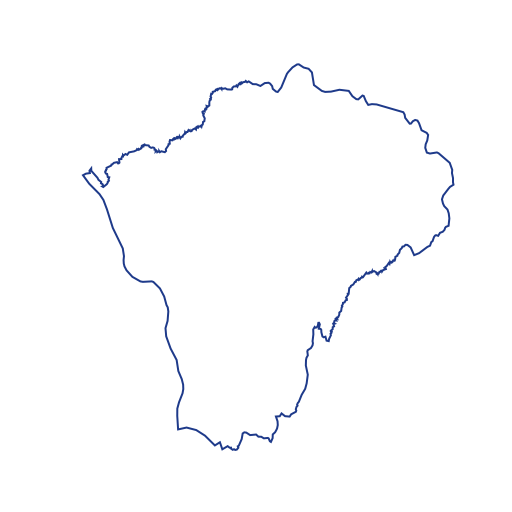 outline of Don Tan, Mukdahan, Thailand, rotated 190°
{"feature_id": "78962969B20953711752663", "entity_name": "Don Tan", "entity_type": "district", "adm_level": 2, "iso_a3": "THA", "parent_name": "Thailand", "parent_adm1": "Mukdahan", "projection": "equal_earth", "projection_center": [104.826, 16.311], "detail": "fine", "context": "isolated", "style": "outline", "palette": "blue", "viewbox_px": 512, "rotation_deg": 190, "n_neighbors": 0, "source": "geoboundaries", "source_scale": "gbopen_adm2", "svg_char_len": 6093}
<svg xmlns="http://www.w3.org/2000/svg" viewBox="0 0 512 512"><g transform="rotate(190 256 256)"><path d="M440.4,305.5L432.8,298.2L420.8,289.7L416.0,284.7L410.9,276.1L401.9,258.8L388.5,240.3L386.0,232.9L385.7,229.0L384.9,225.6L383.7,222.9L381.0,219.4L374.1,214.0L365.4,210.9L362.9,210.9L354.3,212.9L352.5,212.6L345.0,207.4L339.4,200.2L335.6,192.1L334.0,190.1L332.7,186.1L331.8,176.7L332.6,169.2L330.5,161.3L324.0,150.0L316.1,139.8L312.5,129.2L307.7,121.8L305.4,116.6L304.5,112.3L304.5,108.0L306.4,98.6L307.0,92.1L305.8,84.9L302.6,71.7L294.6,75.0L284.6,74.2L275.0,70.2L263.6,62.3L259.2,66.3L255.6,59.8L250.9,63.8L248.6,62.6L247.3,62.9L247.0,61.9L245.3,61.1L244.1,61.9L242.8,61.4L241.3,62.0L240.1,64.1L240.9,65.4L240.0,66.2L238.3,73.2L238.3,78.9L236.9,80.3L234.9,80.4L230.7,78.6L224.9,80.2L222.3,78.5L219.4,78.9L216.6,77.8L212.7,78.9L211.8,78.5L210.2,76.0L209.0,75.5L208.0,79.5L208.5,83.2L206.6,85.7L205.9,87.7L205.3,89.8L205.2,93.3L206.1,97.0L208.5,101.4L204.8,102.3L203.5,105.4L199.6,103.3L195.0,103.7L193.9,106.2L189.7,109.5L189.5,110.8L190.2,112.0L189.9,114.5L189.1,115.8L189.7,116.8L189.3,118.5L188.5,119.8L186.9,127.3L184.5,133.7L184.0,139.4L184.4,148.1L187.9,156.8L188.7,162.3L188.6,164.6L187.7,167.1L188.9,171.0L188.7,172.2L185.9,174.9L184.8,177.8L184.8,180.0L185.5,181.9L185.9,188.8L186.9,193.6L185.9,196.3L185.1,195.7L183.8,196.2L183.0,198.2L183.0,201.0L182.3,201.2L181.3,199.8L181.5,195.3L179.7,195.4L178.9,194.6L178.4,192.3L176.6,188.3L175.2,187.7L173.6,188.6L171.8,184.9L169.6,184.8L169.6,187.1L168.5,191.0L169.1,192.3L168.4,193.3L169.2,194.7L168.4,194.9L169.0,195.8L167.8,197.2L168.1,199.2L166.9,200.3L168.0,202.4L166.9,203.0L167.9,203.3L167.4,203.9L167.6,205.4L167.0,206.3L165.6,206.4L166.7,208.1L166.0,208.7L165.1,208.4L165.6,209.5L164.4,210.2L163.8,212.7L164.1,214.8L162.6,216.6L162.7,220.1L162.2,221.2L162.8,221.9L162.1,223.5L162.2,225.0L160.7,225.7L160.0,228.0L158.9,228.4L159.0,229.5L160.1,230.6L158.7,233.5L159.1,234.7L158.2,234.9L158.6,240.6L157.4,242.1L157.3,243.1L155.2,244.9L154.1,247.7L153.3,247.8L153.0,249.5L151.7,250.5L151.2,250.2L150.9,251.5L149.9,250.8L148.9,252.7L147.8,253.2L147.9,254.0L146.9,253.8L144.5,258.8L143.7,257.9L142.3,258.2L142.2,258.9L141.2,258.7L140.8,260.1L139.4,259.8L139.0,261.3L138.7,260.5L137.2,261.7L134.8,260.8L134.2,259.6L133.7,260.1L133.0,259.3L133.0,260.0L132.2,259.9L131.7,261.8L131.1,261.8L130.2,263.3L129.6,263.4L129.2,262.6L128.6,264.0L126.7,265.2L127.2,266.1L126.0,266.0L126.7,267.6L125.5,268.9L124.0,272.2L123.1,271.4L123.0,273.3L122.6,272.7L121.8,273.6L121.2,273.1L120.4,274.1L120.2,275.4L118.9,275.4L119.0,276.3L118.5,276.3L118.4,277.1L118.6,279.4L116.8,280.8L116.8,282.0L115.5,283.9L115.3,287.1L113.9,288.9L113.4,290.7L112.0,291.1L110.7,293.0L108.8,293.2L105.2,291.3L100.4,284.3L95.9,287.1L88.8,294.7L86.4,296.4L85.8,300.1L84.7,301.3L84.0,305.6L83.2,307.2L82.3,307.8L80.1,307.5L78.8,310.8L76.3,312.3L74.9,314.5L74.6,316.7L74.0,317.7L71.6,319.2L72.1,326.6L73.6,331.5L75.5,335.0L79.3,337.8L81.0,340.2L82.7,344.1L82.1,348.1L78.2,355.6L76.9,357.8L73.9,360.5L74.8,362.8L75.5,366.9L77.4,371.7L77.7,374.9L81.4,381.4L94.0,388.9L95.8,389.4L102.5,387.1L105.7,387.5L108.1,391.9L108.3,395.5L107.4,399.5L107.5,405.1L109.3,406.9L114.8,408.6L118.5,415.1L120.5,417.4L122.9,417.6L124.9,416.0L126.4,413.3L127.6,413.0L133.1,418.0L134.2,421.1L135.9,423.2L163.5,426.2L168.2,425.7L171.7,424.3L174.7,427.6L177.7,432.3L179.0,432.5L182.5,428.0L184.5,427.9L188.8,430.1L193.3,434.7L202.7,434.2L210.7,430.9L216.4,429.6L219.8,430.0L228.6,434.4L232.8,446.5L236.7,449.5L241.8,449.9L247.1,452.2L248.8,451.8L252.8,448.1L256.3,442.6L257.2,440.7L260.4,426.3L263.1,421.3L264.8,421.4L268.5,423.5L269.6,426.1L272.0,428.2L273.7,428.8L277.4,427.8L281.2,424.2L285.5,425.2L289.0,424.7L293.5,426.7L294.9,425.5L296.5,426.6L297.1,425.5L298.8,425.0L299.6,423.9L300.2,424.3L300.5,423.5L300.9,424.0L301.5,423.3L300.9,423.1L301.3,422.3L302.1,422.2L302.3,423.1L303.0,422.2L303.7,419.5L304.9,420.5L305.2,419.6L307.3,419.1L308.5,417.6L308.4,416.0L309.2,415.6L313.3,415.1L315.4,415.8L317.4,415.0L318.8,415.3L318.8,414.5L319.5,415.3L319.9,414.7L321.2,414.8L322.9,412.5L323.6,412.7L323.6,413.4L324.5,412.8L324.9,411.2L327.1,410.2L326.9,409.2L327.5,407.9L328.3,408.0L328.4,405.0L327.7,404.4L327.8,403.1L328.3,402.8L327.7,402.1L328.5,401.3L328.7,399.5L328.1,396.1L329.1,395.0L330.6,395.2L330.0,394.0L330.6,393.6L330.4,392.5L331.2,392.3L330.9,391.6L331.7,391.4L331.6,389.3L333.1,389.4L333.8,388.6L333.0,387.0L332.1,386.9L332.3,385.2L330.4,382.7L330.3,379.7L331.4,378.9L331.3,376.2L332.0,375.6L332.1,374.2L332.6,374.9L333.1,374.7L333.0,373.8L335.0,373.6L335.2,372.9L335.6,373.4L336.0,372.5L336.6,373.0L337.2,372.4L337.1,370.2L338.4,371.0L340.8,369.1L341.1,367.8L342.1,367.4L343.1,367.7L343.2,368.3L344.0,367.7L344.4,368.1L345.0,366.2L345.9,366.0L346.6,364.7L347.3,365.5L347.3,364.4L349.1,361.5L348.9,360.8L350.3,360.1L350.9,358.8L352.0,360.3L352.0,359.7L353.5,359.7L353.3,359.1L353.8,359.1L353.8,358.5L354.8,359.0L355.2,357.7L356.2,357.0L356.2,357.9L357.0,358.0L358.1,356.6L358.4,355.4L360.8,355.3L361.0,353.6L360.4,351.6L361.6,350.9L361.4,349.9L363.4,345.5L362.8,343.8L363.8,342.4L367.4,342.7L368.7,341.5L369.5,342.4L369.4,341.8L370.6,341.8L371.3,341.1L371.8,342.1L372.7,342.3L373.0,341.8L373.1,343.0L374.4,343.1L374.5,344.2L375.2,344.8L376.5,345.0L378.0,344.3L379.9,345.0L380.9,346.2L384.6,345.9L385.1,346.5L386.5,345.5L385.9,345.4L385.8,344.3L387.2,343.7L387.4,343.0L387.7,343.3L388.2,341.7L389.8,340.3L390.4,341.0L391.1,340.2L391.7,340.5L391.9,339.5L394.2,337.9L399.1,336.0L400.4,333.3L402.2,333.8L404.0,331.9L404.5,332.3L404.3,331.1L404.9,331.2L405.5,329.4L405.4,328.1L407.7,327.6L406.7,324.2L407.2,323.5L407.9,323.2L409.1,324.3L412.1,323.1L413.6,321.1L414.2,321.0L414.4,319.8L418.5,316.9L418.2,315.4L418.7,314.8L418.5,314.0L419.2,313.2L419.0,312.2L418.1,311.1L416.9,311.0L415.7,308.0L414.2,308.0L414.5,305.5L413.9,304.6L414.9,303.3L414.7,302.6L415.4,300.8L418.4,297.4L419.4,297.8L418.4,298.4L419.6,300.1L421.3,300.7L421.3,302.0L424.4,303.7L425.7,305.5L433.0,311.3L433.5,313.6L434.8,311.1L434.0,308.8L437.7,307.6L440.4,305.5Z" fill="none" stroke="#1e3a8a" stroke-width="2"/></g></svg>